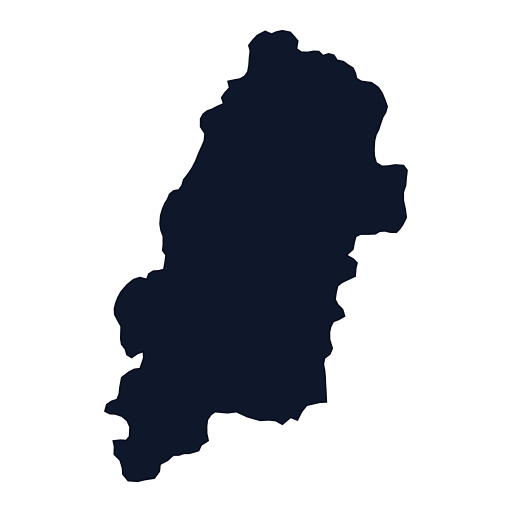 Guaranésia, Minas Gerais, Brazil
{"feature_id": "56859067B62270278067263", "entity_name": "Guaranésia", "entity_type": "district", "adm_level": 2, "iso_a3": "BRA", "parent_name": "Brazil", "parent_adm1": "Minas Gerais", "projection": "albers", "projection_center": [-46.812, -21.278], "detail": "fine", "context": "isolated", "style": "filled", "palette": "ink", "viewbox_px": 512, "rotation_deg": 0, "n_neighbors": 0, "source": "geoboundaries", "source_scale": "gbopen_adm2", "svg_char_len": 2625}
<svg xmlns="http://www.w3.org/2000/svg" viewBox="0 0 512 512"><path d="M128.2,480.7L137.8,481.3L144.5,479.7L154.3,478.2L159.3,471.5L160.1,464.3L167.8,460.2L173.3,455.1L178.9,455.1L183.9,453.4L189.3,453.4L198.6,450.7L201.2,445.1L208.2,440.6L206.7,433.4L206.6,426.5L207.4,419.7L210.7,414.9L214.9,411.7L227.5,412.8L236.4,411.7L247.5,416.8L260.2,420.4L268.7,419.9L275.6,420.6L282.4,424.3L290.7,417.3L297.4,420.1L301.6,411.7L306.7,405.3L319.7,402.3L326.4,402.0L325.9,391.3L325.4,383.1L325.2,377.3L324.6,370.7L323.4,364.2L324.6,358.1L329.8,354.2L332.3,348.4L329.6,339.5L329.5,332.2L330.6,327.0L333.2,321.6L338.6,319.5L344.6,316.2L342.6,309.5L337.8,304.7L335.1,299.4L336.1,292.5L337.6,285.9L341.8,282.5L348.2,279.4L355.2,276.2L355.8,268.1L357.1,263.0L353.4,259.1L346.4,255.2L353.0,249.2L354.2,242.3L355.8,236.4L360.7,234.1L368.7,234.1L375.2,233.9L379.6,231.3L385.0,230.9L390.2,232.2L396.4,232.3L400.0,228.6L402.9,224.2L406.3,217.5L405.3,209.7L403.3,200.3L403.3,192.2L405.6,185.5L406.3,176.9L407.1,170.3L403.5,165.5L395.4,164.9L388.2,166.0L382.0,166.3L376.2,162.8L374.4,156.4L374.0,150.2L374.5,140.8L376.0,134.6L378.6,129.6L380.4,123.9L382.7,117.2L385.6,112.4L387.2,106.6L385.0,100.2L382.0,93.0L378.2,87.4L371.6,82.7L361.2,81.3L356.6,78.5L355.4,73.3L353.0,68.0L348.6,65.4L343.4,61.6L337.0,60.2L333.9,55.2L328.6,53.8L322.9,55.6L318.8,51.5L313.6,51.3L307.4,52.4L301.1,52.1L296.5,48.7L297.8,41.0L294.2,36.6L290.3,32.3L282.3,30.7L276.3,32.0L271.5,34.1L265.1,31.3L257.3,35.4L253.0,39.9L248.8,45.3L250.3,50.8L249.5,57.7L249.0,65.2L247.8,71.9L244.6,76.3L240.0,79.0L234.8,79.9L228.0,81.3L229.6,87.7L225.0,92.7L221.6,97.7L223.7,103.7L217.1,106.6L212.0,109.3L207.1,111.0L203.2,114.1L200.6,118.8L200.6,126.8L205.0,133.5L204.3,140.8L201.6,147.1L198.8,153.2L195.7,161.1L192.1,168.1L187.9,174.3L183.7,179.6L182.0,185.5L178.9,189.9L173.7,190.8L169.6,194.2L167.5,199.4L164.8,203.6L162.7,208.6L160.7,215.3L160.0,223.9L161.0,230.3L163.3,236.4L163.3,244.2L162.7,250.6L166.0,255.0L165.2,261.6L163.8,269.4L158.7,270.8L153.3,271.1L148.8,273.9L146.8,279.4L140.0,277.5L133.6,279.5L127.1,284.8L121.2,291.6L117.9,297.6L115.7,303.3L114.4,309.0L114.7,314.5L117.8,320.4L121.1,326.4L120.9,333.3L120.7,338.7L121.6,344.3L125.2,348.9L126.9,354.6L131.7,357.6L137.7,353.4L143.4,351.5L143.7,357.9L141.9,363.4L140.1,368.6L134.3,369.3L129.0,372.0L121.7,377.6L119.9,387.3L119.3,393.8L117.0,399.5L111.5,401.3L106.7,404.6L104.9,411.2L109.8,413.7L115.3,414.0L121.9,416.2L127.2,420.7L130.0,427.0L129.5,436.6L126.1,440.5L120.4,440.1L113.2,440.9L114.5,446.5L114.2,454.3L120.1,460.2L122.5,468.2L122.8,474.2L128.2,480.7Z" fill="#0f172a" stroke="#020617" stroke-width="1.5"/></svg>